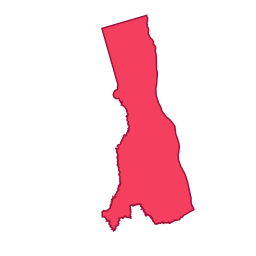 Magoe, Tete, Mozambique (Mercator projection), rotated 74°
{"feature_id": "85939544B26060528055494", "entity_name": "Magoe", "entity_type": "district", "adm_level": 2, "iso_a3": "MOZ", "parent_name": "Mozambique", "parent_adm1": "Tete", "projection": "mercator", "projection_center": [31.675, -16.019], "detail": "fine", "context": "isolated", "style": "filled", "palette": "rose", "viewbox_px": 256, "rotation_deg": 74, "n_neighbors": 0, "source": "geoboundaries", "source_scale": "gbopen_adm2", "svg_char_len": 6043}
<svg xmlns="http://www.w3.org/2000/svg" viewBox="0 0 256 256"><g transform="rotate(74 128 128)"><path d="M224.7,87.2L221.4,87.5L219.1,88.0L217.6,88.0L212.5,86.7L210.4,86.6L197.0,85.7L190.9,85.8L188.0,86.0L179.2,87.9L172.6,88.3L167.3,87.0L164.9,85.7L159.8,83.7L157.1,83.4L151.1,83.4L148.7,83.7L146.7,83.7L139.4,82.5L135.5,83.8L133.5,84.6L131.2,85.8L128.0,88.1L125.7,88.9L121.2,90.8L117.1,90.7L113.0,91.7L105.3,91.9L103.2,91.7L97.6,90.4L93.9,88.5L84.2,84.9L82.4,84.5L79.0,84.3L66.8,81.0L61.3,80.5L58.3,79.3L56.6,79.4L54.4,80.4L52.5,79.8L51.0,79.9L49.5,80.4L48.4,81.4L46.3,82.0L44.6,82.0L43.5,82.7L42.8,82.6L40.7,81.6L38.9,81.1L37.3,81.0L35.4,81.8L34.6,81.2L33.9,80.9L32.5,81.3L30.7,79.8L29.4,79.5L27.9,78.8L26.0,79.3L24.9,79.0L25.1,125.6L84.0,125.7L85.6,126.9L87.2,127.0L88.3,128.3L88.4,128.9L88.2,129.3L88.6,130.4L89.1,131.0L89.4,131.0L89.5,131.3L91.0,132.5L91.9,133.0L92.9,133.1L94.6,132.8L95.3,132.0L95.8,132.0L96.9,130.5L96.7,129.9L97.2,128.4L99.2,128.6L100.4,128.0L100.9,127.2L101.4,126.9L101.4,126.2L101.7,126.3L101.8,126.7L101.2,127.4L101.3,128.0L102.8,127.4L103.2,127.4L104.1,128.0L104.3,126.8L104.9,127.0L105.5,126.1L106.3,125.8L106.3,125.5L111.0,124.1L111.5,124.8L112.6,124.3L113.5,124.6L114.7,124.3L115.5,124.5L116.4,125.2L116.4,125.6L115.9,126.1L116.3,126.5L117.5,125.7L118.0,125.7L120.0,126.8L120.7,126.8L121.5,126.1L121.9,125.9L122.8,126.3L123.6,127.0L124.1,126.6L125.0,127.1L125.7,126.8L126.0,126.3L127.0,126.3L128.6,128.1L129.3,127.9L129.0,127.4L129.4,127.2L130.5,127.8L130.4,128.4L131.0,128.2L131.1,129.2L131.7,128.9L131.9,129.0L132.4,130.5L133.5,131.2L134.1,131.2L134.5,131.5L134.8,131.9L134.8,132.4L133.7,133.2L134.0,134.2L134.6,134.6L135.7,134.9L136.4,135.8L137.2,136.3L137.9,137.3L139.0,137.9L139.8,138.9L141.0,139.5L141.7,140.5L141.6,142.2L141.9,142.7L142.6,143.3L144.0,142.4L145.1,142.9L145.5,144.6L144.2,144.9L144.1,145.1L144.4,145.4L146.1,144.9L147.3,145.0L147.5,145.4L148.2,145.1L148.5,145.5L149.0,145.2L149.8,145.2L150.2,145.0L151.2,145.3L152.1,145.0L152.6,146.3L153.1,146.8L154.0,146.7L154.9,146.0L155.8,146.7L157.4,146.6L157.5,146.8L157.1,147.3L157.3,147.4L158.1,147.3L159.3,147.5L159.8,147.1L160.0,148.2L160.5,148.5L161.1,148.4L162.0,147.8L163.3,148.1L163.7,147.6L164.2,148.2L165.0,148.2L166.4,148.7L168.3,147.8L168.7,148.0L169.2,149.0L170.4,149.7L172.8,149.0L174.2,149.9L175.3,149.7L175.8,149.9L175.6,149.9L175.8,150.2L176.2,150.2L176.6,150.5L177.3,150.2L177.7,150.6L178.3,150.2L178.8,150.3L179.3,150.6L179.4,151.2L180.0,151.2L180.3,151.9L180.5,151.3L181.0,151.3L181.3,152.3L181.0,152.9L181.8,153.1L182.6,153.9L183.1,153.8L183.7,154.5L184.0,154.1L184.7,154.0L185.1,154.3L185.1,155.0L186.1,155.4L186.4,156.4L187.2,156.6L187.6,157.2L187.9,157.1L188.3,157.4L188.5,158.5L189.4,159.1L190.3,159.2L190.0,159.5L190.1,159.8L190.7,160.2L190.7,160.5L191.2,160.4L191.4,160.6L191.0,161.3L190.4,161.5L190.7,161.6L191.0,161.5L191.7,162.0L191.6,162.4L192.1,162.7L192.3,163.4L193.1,163.0L193.3,163.2L193.1,163.4L193.7,163.5L194.2,163.3L194.4,163.5L194.5,164.4L195.1,164.1L196.0,164.8L196.5,164.9L196.5,165.2L197.2,165.3L197.2,165.7L197.9,165.9L197.7,166.4L197.9,166.5L198.9,166.2L199.2,166.9L200.3,167.7L200.3,168.1L200.7,168.2L201.0,168.8L201.3,170.7L201.8,171.0L201.9,171.7L201.5,172.2L201.7,172.9L200.6,174.3L201.2,175.0L201.5,175.9L201.8,176.1L206.3,177.2L207.2,174.8L209.8,173.9L210.9,173.7L211.1,173.3L211.3,173.5L211.2,173.1L211.5,173.1L211.3,172.9L211.5,172.7L211.8,172.6L211.8,172.1L212.1,172.2L212.3,171.8L212.6,171.8L212.6,171.5L213.0,171.9L213.2,171.6L213.4,171.6L213.6,172.1L214.2,172.0L214.7,172.5L214.9,172.2L215.2,172.5L215.4,172.2L215.8,172.3L216.3,172.0L217.0,172.1L217.0,171.5L217.7,171.6L218.2,172.1L219.1,170.9L220.2,171.0L220.2,170.6L220.5,170.4L220.7,170.7L220.7,170.2L221.1,170.0L221.2,170.7L221.6,170.1L222.3,170.4L222.9,170.3L222.6,169.8L222.7,169.1L222.4,168.5L222.0,168.6L221.8,168.3L221.5,168.4L220.9,167.3L220.1,167.3L219.5,166.7L219.0,166.5L219.2,166.0L218.7,165.3L218.8,164.8L218.6,164.1L218.2,164.1L217.8,163.6L217.7,163.9L217.0,163.8L217.0,163.5L216.1,163.1L215.4,163.3L214.4,161.4L212.4,161.8L212.3,161.6L212.2,161.1L212.7,160.8L212.3,160.3L212.3,158.8L212.5,158.2L213.1,158.2L213.5,157.8L212.8,156.5L212.4,156.4L212.0,155.6L212.0,154.9L212.5,154.8L213.4,154.0L213.4,153.5L213.9,153.1L214.0,151.9L214.4,151.3L214.9,151.0L215.4,150.0L213.9,149.7L213.0,150.2L212.6,150.2L211.8,149.3L211.2,149.4L210.6,149.2L209.4,148.2L208.9,148.5L208.5,148.3L207.4,148.4L207.5,148.1L207.0,147.9L206.2,147.8L205.3,148.0L204.9,147.7L204.7,147.9L204.0,147.8L203.7,147.5L203.3,147.5L202.9,146.0L203.1,145.6L203.6,145.2L204.2,144.8L203.6,144.4L203.9,144.1L203.7,143.8L204.1,143.8L204.2,143.2L204.1,142.8L203.6,142.5L203.9,141.8L203.7,141.5L204.0,141.2L203.6,140.8L203.9,140.6L204.1,139.9L203.8,139.4L204.2,139.1L204.0,138.9L204.0,138.1L204.5,137.7L204.9,137.8L205.2,137.5L204.8,136.9L204.9,136.7L205.1,136.6L205.4,137.0L205.3,136.6L205.5,136.5L205.9,136.9L206.6,137.3L207.4,136.8L207.6,136.1L207.9,135.9L208.0,136.2L208.4,136.1L208.4,136.4L208.8,136.3L208.9,136.6L209.4,136.6L209.6,136.9L209.6,136.4L210.0,135.9L210.8,135.5L211.5,135.9L211.6,135.3L212.0,135.8L212.4,135.5L212.9,135.9L214.1,134.6L214.6,135.1L215.0,134.8L215.8,135.4L216.7,135.3L217.1,135.1L216.7,134.7L217.3,134.3L217.0,133.9L216.2,133.5L217.0,133.0L218.1,131.7L218.1,131.1L218.8,131.2L219.0,130.7L219.6,131.1L220.3,131.1L220.4,130.8L220.1,130.3L221.6,130.3L221.7,129.9L221.3,129.6L221.7,129.2L222.4,129.8L223.3,129.8L223.9,129.1L224.4,129.6L224.8,129.2L227.6,128.5L227.9,128.1L227.9,127.5L228.1,127.3L228.0,126.8L228.4,126.5L228.1,125.5L227.5,125.0L228.3,124.1L228.5,123.3L228.3,123.0L228.5,122.8L228.0,122.0L228.4,121.4L228.0,120.6L229.5,120.2L229.5,119.7L228.9,118.9L229.8,117.3L229.8,116.7L230.1,116.2L229.8,114.7L230.0,114.6L230.7,114.8L231.0,114.5L231.1,114.0L230.8,113.1L230.5,113.3L230.2,113.1L230.4,110.7L229.9,109.9L230.0,109.4L229.4,109.3L229.2,109.1L229.9,107.0L230.3,104.4L230.0,103.5L228.4,101.8L228.7,101.0L228.5,100.2L228.0,99.5L227.1,98.7L227.0,96.8L225.5,91.5L224.7,87.2Z" fill="#f43f5e" stroke="#9f1239" stroke-width="1.5"/></g></svg>